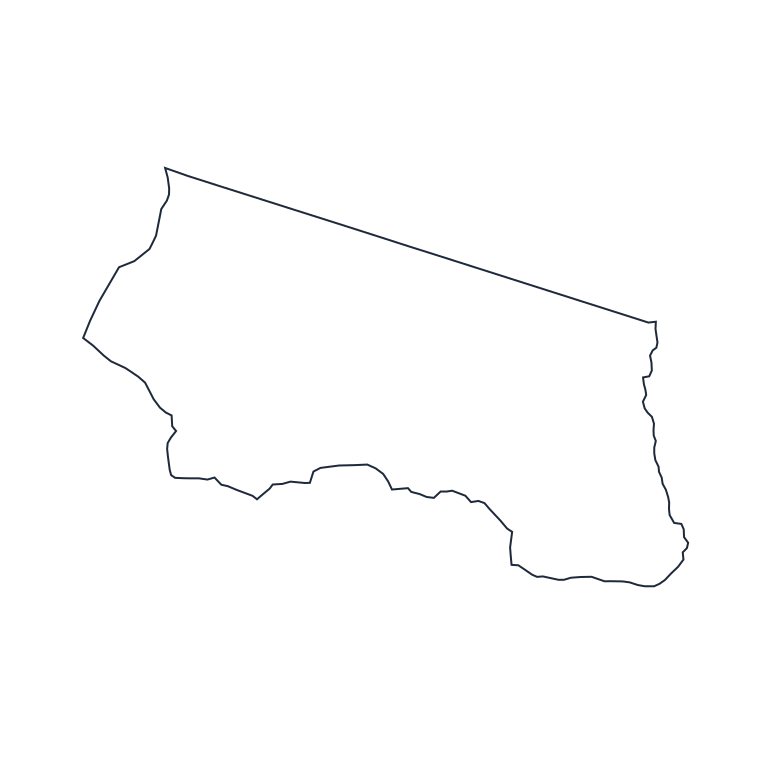 outline of Delmiro Gouveia, Alagoas, Brazil, rotated 345°
{"feature_id": "56859067B13421940338218", "entity_name": "Delmiro Gouveia", "entity_type": "district", "adm_level": 2, "iso_a3": "BRA", "parent_name": "Brazil", "parent_adm1": "Alagoas", "projection": "natural_earth1", "projection_center": [-38.034, -9.399], "detail": "fine", "context": "isolated", "style": "outline", "palette": "slate", "viewbox_px": 768, "rotation_deg": 345, "n_neighbors": 0, "source": "geoboundaries", "source_scale": "gbopen_adm2", "svg_char_len": 1942}
<svg xmlns="http://www.w3.org/2000/svg" viewBox="0 0 768 768"><g transform="rotate(345 384 384)"><path d="M105.3,261.7L113.0,271.7L120.6,283.9L126.1,291.4L138.5,301.8L148.5,313.3L153.6,320.9L157.6,339.2L161.5,348.9L165.8,355.0L170.7,359.4L168.5,370.0L171.0,375.6L164.3,380.6L159.8,385.0L157.7,390.6L156.5,398.3L154.8,411.4L154.8,416.9L158.0,420.6L165.9,423.1L174.3,425.5L181.0,427.3L188.7,430.6L196.1,430.5L200.8,439.2L206.6,442.2L214.2,448.1L228.1,458.0L231.5,462.5L236.0,460.3L246.4,455.5L250.5,452.3L260.0,454.2L268.4,454.1L281.8,459.1L286.8,460.3L293.2,450.3L300.9,448.6L319.5,451.1L334.8,454.8L347.0,457.5L354.1,463.3L359.9,470.6L362.8,479.2L364.4,488.0L380.2,490.8L382.4,495.3L389.9,499.5L396.0,504.2L402.7,506.9L410.9,502.5L416.7,504.1L422.2,504.7L433.7,513.0L437.5,520.6L444.9,521.4L450.2,525.0L453.6,532.1L461.1,546.1L465.5,555.5L469.5,560.0L463.5,574.5L462.1,581.9L460.4,591.7L466.9,593.9L477.8,606.6L481.9,609.9L487.7,611.0L501.9,618.3L507.2,619.7L514.4,619.5L523.9,621.3L534.5,623.9L545.9,631.6L552.4,633.3L563.3,636.4L569.8,639.1L577.2,643.9L583.6,646.9L592.5,649.3L598.4,648.3L604.5,646.1L612.3,641.3L620.7,636.7L627.8,631.1L629.0,623.9L634.1,620.9L636.7,616.1L634.2,609.6L635.9,601.9L635.0,596.1L628.3,593.3L626.0,584.6L626.9,578.6L628.8,572.2L629.2,566.7L628.9,559.2L627.3,552.5L628.0,546.3L626.9,540.0L627.8,535.0L626.4,527.7L627.1,520.9L628.6,515.3L631.8,509.4L631.2,503.6L632.4,498.3L634.5,492.2L634.3,485.1L631.2,479.8L629.5,475.0L629.5,468.1L634.4,462.5L635.0,457.3L635.0,451.4L635.9,444.7L642.2,445.2L646.2,440.3L647.9,432.5L648.3,425.5L652.2,421.1L656.5,419.4L658.9,414.7L659.6,408.6L660.5,401.1L662.7,394.2L655.3,393.1L567.6,336.9L466.4,272.0L444.6,258.1L399.3,228.9L275.5,149.7L248.4,132.3L228.5,118.7L228.5,128.7L227.1,139.5L225.4,145.3L221.8,150.6L214.2,157.3L202.2,181.7L197.0,187.8L192.4,192.9L174.6,200.7L158.3,202.6L130.6,230.1L116.5,246.8L105.3,261.7Z" fill="none" stroke="#1e293b" stroke-width="2"/></g></svg>